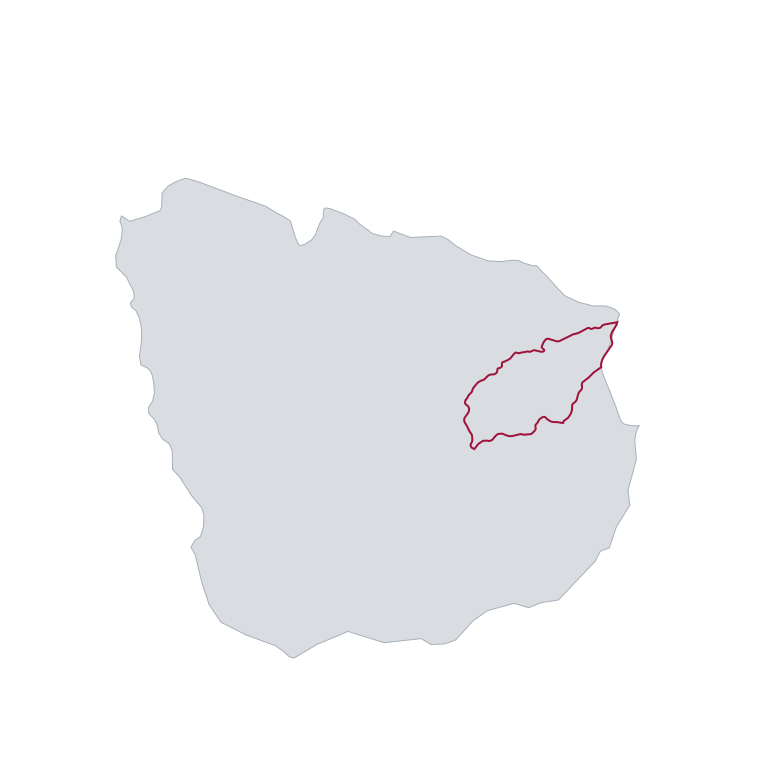 Treinta y Tres on a map of Uruguay (orthographic projection), rotated 338°
{"feature_id": "URY-16", "entity_name": "Treinta y Tres", "entity_type": "Department", "adm_level": 1, "iso_a3": "URY", "parent_name": "Uruguay", "parent_adm1": "", "projection": "orthographic", "projection_center": [-54.31, -33.085], "detail": "fine", "context": "in_parent", "style": "outline", "palette": "rose", "viewbox_px": 768, "rotation_deg": 338, "n_neighbors": 0, "source": "natural_earth", "source_scale": "10m", "svg_char_len": 4884}
<svg xmlns="http://www.w3.org/2000/svg" viewBox="0 0 768 768"><g transform="rotate(338 384 384)"><path d="M605.0,518.2L600.4,522.2L595.5,529.9L589.7,548.5L570.4,574.0L566.5,588.5L545.9,603.5L531.5,620.4L522.1,620.0L513.6,627.3L464.9,649.6L447.4,645.5L434.5,645.7L422.3,636.1L394.8,632.9L377.6,637.0L354.7,648.1L347.7,648.0L342.7,647.6L330.1,643.3L323.1,634.0L287.2,623.9L257.9,599.9L223.9,600.4L198.0,604.4L193.9,601.3L191.0,595.0L185.3,586.0L162.1,565.0L143.6,543.9L139.2,522.7L140.8,499.4L145.0,471.7L143.8,463.1L150.2,458.0L156.6,456.7L162.7,449.4L167.9,438.4L168.6,430.2L163.7,415.3L159.9,394.4L155.9,384.0L162.5,367.2L162.6,359.1L158.1,352.2L156.7,345.0L158.4,337.4L157.7,330.3L154.8,323.5L156.6,317.7L163.2,313.0L168.0,305.9L171.0,296.4L172.4,289.3L172.3,284.4L170.1,279.8L165.8,275.6L167.5,266.9L175.1,253.6L179.9,242.0L181.9,231.8L181.5,223.7L178.6,217.7L179.6,213.5L184.5,211.1L186.5,204.5L185.2,188.3L179.7,175.2L183.3,164.5L194.2,151.9L199.8,141.8L200.1,134.3L203.5,129.8L209.1,137.8L225.2,139.4L241.4,139.3L243.9,137.1L249.9,123.7L258.2,119.6L267.3,118.4L277.3,118.9L288.1,127.4L318.7,155.5L341.1,175.1L347.9,184.4L353.8,191.4L358.3,197.9L356.7,215.0L357.1,222.5L358.1,224.6L363.1,224.7L370.5,223.4L376.7,219.7L381.5,214.1L386.2,209.6L390.1,207.1L391.4,203.5L393.6,199.7L395.9,198.9L400.2,201.6L410.6,211.3L418.6,220.2L420.6,225.4L423.7,230.7L426.9,235.4L429.3,239.9L437.0,245.8L444.8,249.6L450.0,245.7L463.3,258.0L492.4,268.3L497.8,274.5L502.8,283.4L513.0,296.9L527.0,309.1L538.3,314.3L549.1,317.2L555.1,319.9L559.3,324.6L565.8,329.7L570.0,331.6L571.4,336.1L575.6,345.9L580.0,358.4L584.7,369.9L595.1,381.1L606.9,389.8L619.1,394.8L625.9,400.9L628.8,407.2L620.4,416.5L611.4,428.1L603.4,437.2L595.3,443.6L592.5,448.0L590.7,454.9L590.5,491.3L589.7,504.8L590.3,508.5L591.4,510.9L596.5,514.5L602.5,517.6L605.0,518.2Z" fill="#d9dde1" stroke="#a8b0b8" stroke-width="1"/><path d="M623.4,414.1L621.4,416.6L615.1,421.1L612.5,423.9L611.7,425.9L611.4,430.0L610.8,432.0L609.8,433.2L598.4,440.7L595.2,443.5L592.6,447.0L591.7,449.8L582.9,451.8L576.1,454.7L568.7,456.8L568.2,457.2L567.2,458.4L566.8,459.7L566.5,461.0L566.0,462.1L565.0,463.2L562.8,464.1L561.5,464.9L559.8,466.7L556.9,470.7L554.8,472.2L551.6,473.1L550.6,474.0L548.3,478.9L546.4,481.1L544.2,482.9L542.0,484.3L537.1,485.5L536.0,486.5L535.6,487.2L533.3,486.1L530.9,484.5L527.6,483.1L525.6,482.0L524.8,481.3L523.4,479.7L522.0,477.4L521.1,475.3L520.8,474.9L520.3,474.5L519.8,474.3L519.0,474.2L517.9,474.2L515.2,474.9L514.5,475.2L511.5,477.6L511.0,477.8L510.0,478.3L509.5,478.6L509.0,478.9L508.7,479.4L508.5,480.0L508.3,481.2L507.8,482.3L507.5,482.8L507.1,483.2L506.7,483.5L506.3,483.8L502.6,485.3L501.8,485.4L500.7,485.3L494.4,483.3L493.9,483.0L492.7,482.0L492.1,481.7L491.5,481.5L484.0,480.4L481.2,479.6L478.1,477.4L475.5,474.7L475.0,474.3L474.2,474.0L473.1,473.7L471.7,473.2L471.0,473.1L470.0,473.2L467.7,474.1L463.6,476.2L462.8,476.4L461.9,476.5L460.3,476.2L459.5,475.9L458.9,475.5L458.5,475.2L457.9,474.9L456.1,474.4L455.2,473.9L454.5,473.8L449.7,474.7L447.9,475.5L443.4,478.2L441.5,475.9L441.3,475.2L441.2,474.0L441.3,473.3L441.6,472.7L441.9,472.3L442.3,471.9L443.6,470.9L444.2,470.2L444.9,469.0L445.9,466.4L446.2,465.0L446.4,463.9L445.4,458.9L445.3,455.1L444.4,449.1L445.1,446.7L445.9,445.7L451.1,442.3L451.9,441.6L452.6,440.9L452.9,440.4L453.7,438.7L453.7,436.7L453.6,435.9L452.2,433.6L452.0,432.6L452.0,431.8L452.4,431.2L452.8,430.4L453.4,429.7L453.9,429.3L456.0,428.1L456.5,427.6L457.3,426.9L458.3,426.1L461.5,424.7L462.0,424.5L462.8,423.8L464.2,422.1L465.8,420.8L471.3,417.9L472.4,417.6L475.0,417.3L478.1,417.4L479.5,417.0L483.8,415.2L484.7,415.1L485.9,415.1L487.2,415.4L488.9,416.1L489.6,416.2L490.5,416.2L492.0,416.0L492.7,415.6L493.3,415.2L493.9,414.3L494.5,413.2L495.0,412.5L495.5,412.3L496.1,412.3L496.8,412.4L497.6,412.5L499.0,412.3L499.7,411.9L500.1,411.5L500.4,410.9L500.8,409.5L501.4,408.6L502.0,408.3L502.7,408.2L504.0,408.4L509.2,408.0L511.1,407.4L515.7,404.8L517.1,404.3L518.0,404.2L518.5,404.5L519.3,405.2L519.7,405.6L520.2,405.8L520.8,406.0L524.3,406.5L526.2,407.1L528.8,407.4L529.4,407.7L530.3,408.3L530.8,408.6L531.4,408.8L532.0,408.9L532.7,408.9L534.7,408.8L535.3,408.8L535.9,409.0L536.4,409.2L541.4,412.7L541.8,413.0L542.5,413.3L543.2,413.5L544.5,413.4L545.0,413.0L545.3,412.4L545.1,411.8L544.9,411.3L544.3,410.3L544.1,409.8L544.0,409.3L544.1,408.7L544.4,408.3L544.7,407.8L546.7,406.0L547.3,405.3L547.8,404.9L550.4,403.4L551.4,403.2L552.3,403.2L552.9,403.4L553.8,404.0L559.7,408.8L560.7,409.4L561.2,409.7L561.9,409.8L562.9,409.9L578.4,408.8L581.7,409.4L583.9,409.5L593.9,408.4L594.4,408.5L594.8,408.7L595.3,409.0L595.6,409.4L596.2,410.3L596.9,410.6L597.8,410.8L599.6,410.7L600.6,410.8L601.3,411.0L602.5,412.1L603.1,412.4L603.8,412.6L605.1,412.8L605.9,412.8L606.6,412.5L608.1,411.6L609.1,411.4L609.8,411.4L612.1,411.7L623.3,414.1L623.4,414.1Z" fill="none" stroke="#9f1239" stroke-width="2"/></g></svg>